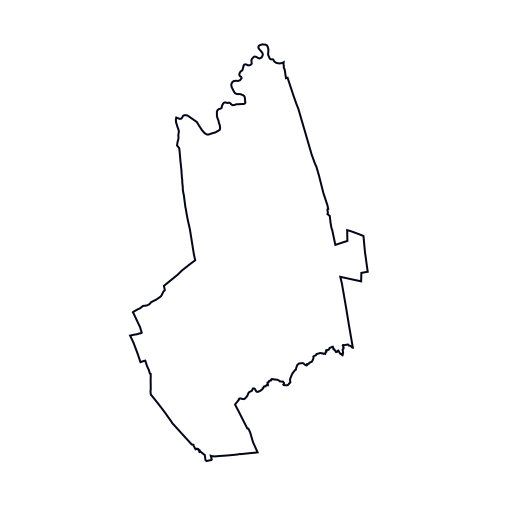 Gura Sutii, Dâmbovita, Romania (Natural Earth projection), rotated 279°
{"feature_id": "2599482B56661116517086", "entity_name": "Gura Sutii", "entity_type": "district", "adm_level": 2, "iso_a3": "ROU", "parent_name": "Romania", "parent_adm1": "Dâmbovita", "projection": "natural_earth1", "projection_center": [25.479, 44.756], "detail": "fine", "context": "isolated", "style": "outline", "palette": "ink", "viewbox_px": 512, "rotation_deg": 279, "n_neighbors": 0, "source": "geoboundaries", "source_scale": "gbopen_adm2", "svg_char_len": 6056}
<svg xmlns="http://www.w3.org/2000/svg" viewBox="0 0 512 512"><g transform="rotate(279 256 256)"><path d="M180.6,366.0L200.5,359.2L220.4,352.6L242.4,345.1L248.6,342.5L247.4,363.8L255.8,362.7L257.9,368.8L277.3,362.9L292.6,359.0L293.8,353.7L295.4,345.5L295.8,342.0L285.2,343.9L279.4,332.6L293.1,327.4L295.8,326.0L300.6,324.4L307.1,322.6L308.6,320.0L310.1,320.3L311.7,319.6L313.2,319.3L313.7,320.0L317.3,318.6L328.7,312.7L345.1,305.7L353.8,301.6L355.9,300.1L364.7,295.2L408.0,274.8L412.7,272.0L420.3,267.9L437.0,259.3L436.3,257.8L443.3,255.6L445.3,254.8L446.3,254.0L447.0,253.8L448.1,253.8L449.5,253.2L451.7,253.0L451.1,252.3L450.4,250.8L449.9,249.2L449.8,247.9L450.0,245.6L450.5,244.5L451.0,243.6L452.7,242.3L452.9,241.8L452.6,240.6L452.7,239.4L453.5,238.5L456.1,236.8L457.4,236.3L460.1,236.2L461.6,236.0L463.6,235.3L465.6,234.1L466.2,232.4L466.0,229.2L465.2,227.5L464.4,226.2L463.5,225.7L462.0,225.8L460.8,226.8L458.6,229.5L457.9,230.2L457.0,230.9L455.9,231.2L454.8,231.1L452.9,230.4L451.8,228.9L451.7,228.3L451.9,227.0L452.5,225.7L452.8,224.6L452.7,223.2L452.1,222.5L449.9,221.1L448.8,220.8L447.7,221.1L445.7,221.6L444.9,221.5L443.8,220.5L443.2,219.3L443.1,218.4L443.6,216.6L443.6,215.3L443.2,214.5L442.1,214.0L437.9,213.6L437.1,213.3L436.6,212.7L435.8,211.9L434.4,211.3L433.5,211.2L432.6,211.1L431.7,211.5L431.1,212.1L430.7,213.1L430.1,213.7L429.8,213.8L429.4,213.9L428.4,213.5L427.0,212.6L426.1,210.9L425.9,208.6L425.3,206.7L424.3,205.6L422.3,204.8L420.6,204.9L418.6,205.8L414.4,208.9L413.5,209.9L413.1,211.2L413.0,212.6L413.4,214.6L413.4,215.4L413.2,216.4L412.7,218.3L412.2,219.2L411.4,219.9L409.5,220.5L407.0,221.1L406.2,221.4L405.4,221.4L404.5,220.7L404.2,219.8L402.7,212.6L401.8,211.2L401.3,209.4L401.8,207.9L402.6,207.1L403.1,206.3L403.2,205.5L403.0,204.7L402.7,204.2L402.7,203.1L402.9,202.0L402.7,200.9L401.9,200.0L399.3,198.9L397.0,198.9L396.2,198.2L395.3,196.3L394.2,195.3L392.5,194.8L388.1,195.5L385.9,196.5L383.6,197.9L381.7,198.5L379.7,199.7L377.0,200.5L375.9,200.6L374.8,200.3L371.8,196.7L370.2,193.2L369.3,191.6L368.4,189.7L368.4,188.2L369.4,185.9L371.8,183.0L376.1,179.1L379.1,176.6L384.0,166.5L384.1,163.9L383.2,162.1L380.9,161.3L379.9,160.6L379.5,159.1L380.3,155.6L378.1,155.5L375.4,156.2L371.3,158.2L369.4,159.3L367.2,160.3L362.8,160.4L361.1,160.9L359.9,161.0L358.8,161.0L356.9,160.7L352.8,160.7L350.6,163.2L348.8,163.8L336.5,166.9L329.5,168.8L322.1,170.5L318.9,171.4L317.4,171.6L312.6,172.9L310.2,173.3L308.3,173.9L303.6,175.6L302.4,175.9L292.9,178.7L291.5,179.3L286.7,180.9L280.9,183.0L272.1,186.5L247.9,194.4L242.3,196.6L238.2,192.6L230.1,185.1L225.2,181.5L212.1,169.7L208.1,171.3L207.1,170.7L206.6,170.2L202.1,168.8L201.1,168.2L199.2,166.3L197.0,163.9L196.2,162.7L193.9,159.6L192.5,158.8L191.5,158.0L190.0,155.9L189.1,152.5L188.9,152.1L186.5,149.9L185.6,148.8L185.1,147.9L183.6,146.0L181.7,143.6L181.2,143.2L180.5,143.8L167.6,152.6L162.5,155.1L162.1,155.0L161.4,153.7L161.3,152.9L160.2,151.0L159.4,148.5L157.7,144.1L151.3,148.5L141.1,154.3L133.1,158.5L135.0,162.1L135.3,163.0L130.6,165.4L126.4,168.1L123.3,169.6L123.1,170.4L121.1,170.8L117.9,171.2L107.8,172.9L106.2,172.9L103.2,173.6L102.2,174.2L102.1,174.5L95.3,182.0L87.7,190.0L79.0,198.5L77.9,199.4L77.0,200.4L76.3,201.4L69.5,209.8L59.8,222.0L59.8,222.3L59.8,223.7L59.2,223.9L56.4,225.8L55.7,226.6L56.3,227.2L56.1,227.7L56.2,228.2L56.4,228.4L56.3,228.6L56.0,228.7L56.2,229.3L55.8,229.7L55.4,229.7L55.1,230.0L55.4,230.5L55.2,230.9L54.8,230.9L53.9,230.6L53.5,230.8L53.5,231.1L53.8,231.7L53.9,232.2L52.1,235.2L51.5,236.5L49.3,237.2L46.6,238.0L45.9,238.9L45.8,239.4L46.9,242.1L47.3,243.4L47.6,243.9L48.1,244.1L51.6,242.6L51.3,244.1L51.6,244.8L51.4,245.4L51.8,247.5L52.7,251.0L54.4,258.5L56.7,267.5L57.3,269.5L58.0,271.2L57.9,271.9L60.1,280.0L61.6,285.9L62.3,288.3L71.6,282.2L76.4,279.9L79.7,278.4L81.5,277.4L84.3,275.5L84.2,274.6L84.4,274.3L100.6,262.6L105.9,258.6L106.2,258.6L111.4,261.6L111.8,261.4L112.6,261.9L112.9,262.8L112.7,264.9L112.7,266.2L113.3,267.3L116.4,269.3L119.3,269.9L120.5,270.6L122.5,273.2L123.9,273.4L124.7,273.7L124.9,274.9L124.4,275.9L123.7,276.4L123.1,276.7L122.3,277.5L122.0,278.2L122.1,279.2L122.8,280.0L123.0,280.7L123.6,281.4L124.4,282.1L125.2,283.0L125.8,283.3L126.4,283.3L126.7,283.8L128.3,284.2L128.7,285.1L128.6,285.6L128.7,285.8L129.4,286.0L129.9,286.4L130.2,286.8L130.1,288.0L130.4,288.1L130.7,288.0L131.3,287.5L132.6,287.1L133.0,287.3L133.1,288.1L134.7,288.6L135.2,289.6L135.3,290.2L135.7,290.5L136.1,290.3L136.5,290.4L136.9,290.8L137.1,291.9L136.9,292.7L136.9,293.6L137.1,294.7L137.0,296.0L137.1,296.7L136.7,297.6L136.5,298.4L135.9,299.2L136.0,300.0L135.9,300.8L136.1,301.9L136.1,302.5L134.8,303.6L134.5,303.7L133.3,303.1L132.9,303.4L132.9,305.2L133.2,307.0L133.6,307.6L134.5,308.4L135.1,308.5L136.2,309.5L136.7,309.7L138.5,309.0L140.3,309.0L144.9,310.1L146.4,310.7L149.4,312.4L149.9,313.1L151.5,313.2L152.4,313.4L153.6,313.5L154.9,313.9L156.4,315.1L157.5,318.5L157.4,319.2L157.2,319.9L156.8,320.5L156.2,321.4L155.8,322.9L156.1,323.4L156.3,323.5L156.7,323.3L157.2,323.3L157.3,323.4L157.4,324.2L157.8,324.9L159.1,325.6L159.4,326.3L159.9,326.9L160.1,327.4L160.8,327.9L163.3,328.6L164.4,328.7L165.7,328.4L166.0,328.7L166.8,329.6L167.0,330.3L167.6,330.8L168.6,331.1L169.5,333.1L170.1,334.3L170.2,334.7L170.3,335.6L170.0,336.7L170.3,337.3L170.0,338.1L170.2,339.0L170.1,339.7L170.6,339.8L171.7,339.7L172.5,340.5L173.2,340.2L173.3,340.4L174.0,340.2L174.2,340.6L174.7,342.4L175.4,342.7L176.2,342.9L176.6,343.1L178.3,345.7L178.4,346.1L177.0,346.8L176.1,347.0L175.8,347.5L175.7,347.8L175.9,348.0L174.5,349.4L173.9,349.7L173.6,350.2L173.8,350.6L174.3,350.7L174.3,351.3L174.7,351.6L175.3,351.7L175.5,352.1L172.8,354.3L172.5,354.7L172.5,355.1L172.7,355.6L172.0,356.3L171.6,356.6L171.4,356.9L171.4,357.0L171.7,357.1L172.7,357.0L173.9,357.2L177.1,356.2L177.6,356.4L178.0,356.8L178.6,357.0L179.2,356.9L179.5,356.5L179.7,356.3L180.1,356.4L180.6,356.4L180.8,356.2L181.3,355.7L181.7,355.9L181.7,357.0L182.0,357.7L182.2,358.5L182.9,360.3L183.0,360.6L182.1,361.7L182.1,362.8L181.5,364.3L180.6,365.5L180.6,366.0Z" fill="none" stroke="#020617" stroke-width="2"/></g></svg>